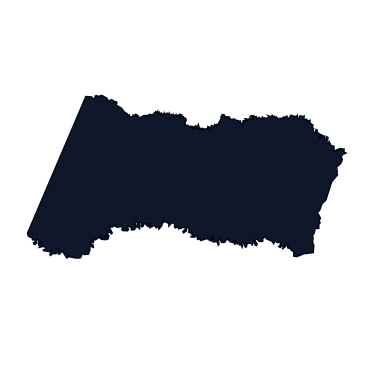 outline of Cumaribo, Vichada, Colombia, rotated 23°
{"feature_id": "7082276B31805828490385", "entity_name": "Cumaribo", "entity_type": "district", "adm_level": 2, "iso_a3": "COL", "parent_name": "Colombia", "parent_adm1": "Vichada", "projection": "orthographic", "projection_center": [-69.558, 4.15], "detail": "fine", "context": "isolated", "style": "filled", "palette": "ink", "viewbox_px": 384, "rotation_deg": 23, "n_neighbors": 0, "source": "geoboundaries", "source_scale": "gbopen_adm2", "svg_char_len": 6026}
<svg xmlns="http://www.w3.org/2000/svg" viewBox="0 0 384 384"><g transform="rotate(23 192 192)"><path d="M127.5,133.1L126.6,133.4L126.3,135.8L125.0,136.3L124.8,137.5L122.8,137.0L120.8,139.7L119.9,139.4L119.1,140.7L118.6,140.1L117.3,140.8L117.3,142.5L116.0,142.6L115.6,143.8L113.5,144.0L112.8,143.0L109.9,142.4L108.8,144.5L107.7,144.2L108.3,145.8L105.3,147.1L104.0,145.5L103.2,146.6L101.8,145.3L98.8,145.0L94.0,142.3L88.4,141.8L88.0,139.2L86.9,138.5L85.1,139.1L82.1,138.4L79.1,141.0L76.9,138.9L71.2,138.3L68.4,140.7L66.5,140.6L65.4,141.5L65.9,143.4L65.2,145.0L62.2,143.8L57.0,145.6L56.7,294.0L58.3,296.4L60.7,296.9L62.1,296.0L63.9,298.3L66.7,297.3L67.1,299.2L66.0,300.6L67.1,301.8L68.0,301.6L68.9,299.4L67.7,297.6L67.9,296.0L70.1,296.6L71.0,299.9L72.3,301.2L73.3,300.7L72.3,297.8L72.9,296.8L74.6,298.8L73.3,302.4L77.3,299.6L79.3,301.1L79.1,302.6L77.8,303.2L78.1,303.9L82.7,303.0L85.0,301.0L85.4,304.7L86.4,305.7L88.5,302.4L90.4,302.2L91.8,300.4L91.8,298.9L89.9,296.9L90.2,296.0L92.2,296.7L92.5,299.9L93.4,301.3L94.5,300.7L95.3,297.7L96.1,297.4L102.7,301.6L103.6,299.6L110.3,298.3L114.7,296.4L115.3,294.8L114.8,291.5L117.3,291.6L120.9,289.7L120.6,285.1L118.9,281.9L122.8,281.4L121.4,279.3L118.0,278.9L117.6,277.7L120.8,277.0L120.2,274.6L122.4,273.1L123.7,270.2L126.7,270.7L125.8,268.0L126.9,268.3L127.9,270.6L130.1,270.0L130.6,269.0L129.0,267.1L129.3,265.6L130.7,266.2L131.4,269.3L133.0,268.3L132.7,265.0L130.7,263.9L130.6,262.0L132.4,261.0L134.0,262.1L134.6,261.0L129.4,256.5L132.6,255.2L133.1,252.4L134.0,252.4L134.4,253.6L137.2,253.5L141.2,251.0L142.1,251.8L142.0,254.0L143.1,254.6L147.8,252.9L148.2,251.3L146.4,249.4L146.5,247.9L150.1,248.7L151.1,250.5L153.6,249.3L154.4,246.1L151.7,243.0L151.9,241.4L153.6,241.5L155.2,245.1L158.0,246.2L155.8,241.9L155.8,240.5L158.0,240.2L158.1,243.1L159.2,243.8L160.3,242.8L160.2,240.4L161.2,239.2L164.7,241.0L166.3,240.4L165.8,238.9L164.0,238.3L164.2,237.1L166.6,238.2L167.3,241.2L170.4,237.5L173.1,238.9L174.7,236.7L176.0,239.0L177.3,235.2L177.0,232.0L177.8,230.8L177.3,230.1L175.8,230.5L176.3,229.7L183.1,230.0L184.0,232.3L185.2,228.7L187.1,227.6L188.4,228.2L189.6,231.1L190.9,231.5L192.5,229.5L194.2,231.1L199.2,226.9L200.4,228.5L199.1,232.2L200.2,232.8L202.1,229.8L200.6,227.2L201.1,226.2L203.8,227.1L204.7,230.4L205.9,230.0L206.9,228.1L207.8,228.8L207.5,230.8L210.1,230.6L208.6,233.6L211.4,232.9L213.9,230.2L215.5,233.3L216.6,233.2L217.3,231.9L219.1,233.2L223.9,229.0L228.2,229.7L228.8,228.0L227.8,225.7L228.6,224.9L229.6,225.8L229.6,229.3L231.1,229.6L234.5,227.8L236.9,230.7L237.3,229.7L235.4,226.7L235.5,225.2L236.6,224.7L238.6,226.7L240.1,226.5L241.7,225.5L242.2,222.7L243.3,221.6L247.0,222.9L250.1,222.2L251.6,223.3L252.0,222.2L249.2,220.5L249.9,219.3L251.3,219.8L252.9,222.3L255.2,221.4L256.7,222.1L257.6,221.0L259.7,223.1L259.6,221.9L257.9,220.1L258.2,218.8L259.1,218.7L262.9,221.9L263.5,220.9L262.7,218.2L265.6,216.0L268.2,217.1L268.0,213.4L269.2,213.6L270.8,216.1L272.2,216.1L272.3,214.3L269.4,212.5L268.8,211.0L270.1,210.0L273.2,211.2L276.0,210.2L276.4,209.3L275.3,207.7L276.2,204.6L278.7,205.9L284.9,206.1L287.3,207.6L287.4,204.3L289.9,205.2L293.4,204.0L294.2,205.5L293.2,208.4L294.8,208.6L296.0,206.1L297.6,205.6L297.5,209.3L300.2,203.4L301.1,203.1L301.9,206.0L304.2,205.6L306.6,207.0L308.9,207.0L310.8,211.3L313.8,210.5L318.8,205.3L327.3,200.4L325.0,193.7L322.4,191.0L321.7,187.6L320.0,185.0L320.5,181.8L319.5,177.7L322.9,175.9L321.3,172.4L322.0,170.3L320.0,168.9L320.5,166.4L319.9,165.4L315.2,161.8L316.6,159.2L316.2,152.1L318.3,147.1L316.6,128.1L319.2,119.2L317.9,118.3L317.9,116.8L315.3,112.7L317.7,107.8L317.7,103.4L315.7,101.5L315.7,99.1L318.5,96.0L315.7,95.5L315.4,93.1L310.7,94.4L310.4,96.0L309.1,96.1L307.2,99.3L304.7,94.4L301.9,95.0L298.5,92.0L299.0,94.6L296.5,93.3L295.9,88.7L293.9,88.5L295.2,90.5L293.3,91.1L291.8,89.0L287.3,88.8L287.3,89.7L289.6,91.4L288.6,92.4L285.9,88.5L284.0,88.4L283.1,86.1L281.8,86.0L282.3,89.2L280.7,89.2L279.4,88.1L279.1,85.9L277.1,85.6L277.3,83.2L273.5,82.4L272.6,79.9L270.3,81.7L269.2,80.3L266.4,81.4L265.6,78.3L264.4,79.4L261.9,79.5L261.4,80.9L262.6,82.1L262.0,82.9L260.5,83.1L259.0,80.3L258.7,81.5L256.7,82.5L253.1,82.6L252.4,87.5L249.0,84.6L249.7,85.7L248.1,86.9L248.2,88.6L246.8,87.4L246.5,89.0L244.2,89.8L244.6,90.8L243.5,92.1L242.6,90.7L241.8,91.4L240.6,89.9L239.3,91.4L238.4,90.0L237.0,90.8L235.8,90.1L235.8,92.8L234.2,91.9L232.5,92.0L233.7,92.6L231.2,95.6L229.9,95.4L229.6,96.9L227.7,95.4L227.4,96.9L226.1,97.7L224.7,97.1L223.1,99.3L221.8,97.4L219.9,98.5L219.1,98.6L218.8,97.7L217.7,98.7L216.7,98.5L216.2,99.7L218.5,99.5L219.5,101.0L216.0,101.6L216.0,103.7L213.3,103.3L212.2,103.9L214.6,105.1L211.4,106.3L211.3,107.5L212.2,107.9L211.9,109.8L209.8,109.4L208.8,107.9L207.8,109.4L207.1,108.2L204.2,108.8L202.0,108.3L200.7,110.1L200.3,109.6L198.9,110.6L198.2,109.2L196.4,109.8L196.7,108.5L192.5,109.9L191.6,108.4L189.6,108.9L189.5,112.1L190.7,112.1L189.8,115.0L190.7,115.5L189.6,117.3L189.6,120.3L188.5,120.3L189.0,121.0L188.9,121.5L187.1,122.3L187.2,121.2L186.4,121.1L186.7,122.5L185.7,123.3L183.9,123.2L184.6,125.4L181.0,125.6L182.3,128.3L180.8,127.7L179.6,129.2L178.1,129.2L178.2,130.6L176.5,129.5L176.4,130.1L176.7,130.4L176.6,130.6L174.4,130.1L174.1,131.2L171.6,127.5L171.5,130.2L169.5,129.6L169.0,130.6L170.2,130.6L170.3,132.6L168.8,132.8L169.3,132.1L168.2,131.8L168.6,133.7L166.8,131.5L166.0,131.8L166.8,133.2L164.9,132.1L164.6,133.6L162.9,133.2L162.7,132.3L159.5,133.0L158.4,130.2L158.6,128.1L157.4,126.7L156.5,126.7L156.2,127.8L154.7,126.2L153.9,128.0L153.8,126.3L152.4,126.8L152.6,125.0L152.0,124.9L151.0,126.1L150.5,125.7L150.7,127.1L149.8,126.4L149.1,128.0L148.8,127.2L147.9,128.2L147.1,127.1L146.9,128.6L145.6,127.7L146.3,128.4L144.8,128.4L144.8,129.9L144.0,128.3L143.7,129.6L142.8,128.8L142.0,129.9L140.3,128.4L140.6,130.6L139.9,129.4L138.4,129.2L138.3,130.4L136.6,130.2L136.5,132.0L135.5,130.5L135.5,132.4L134.4,131.8L133.6,132.7L133.0,131.6L132.6,132.5L131.8,132.0L130.6,133.0L130.4,131.5L129.2,132.7L128.8,131.4L128.5,132.3L127.3,132.2L127.5,133.1Z" fill="#0f172a" stroke="#020617" stroke-width="1.5"/></g></svg>